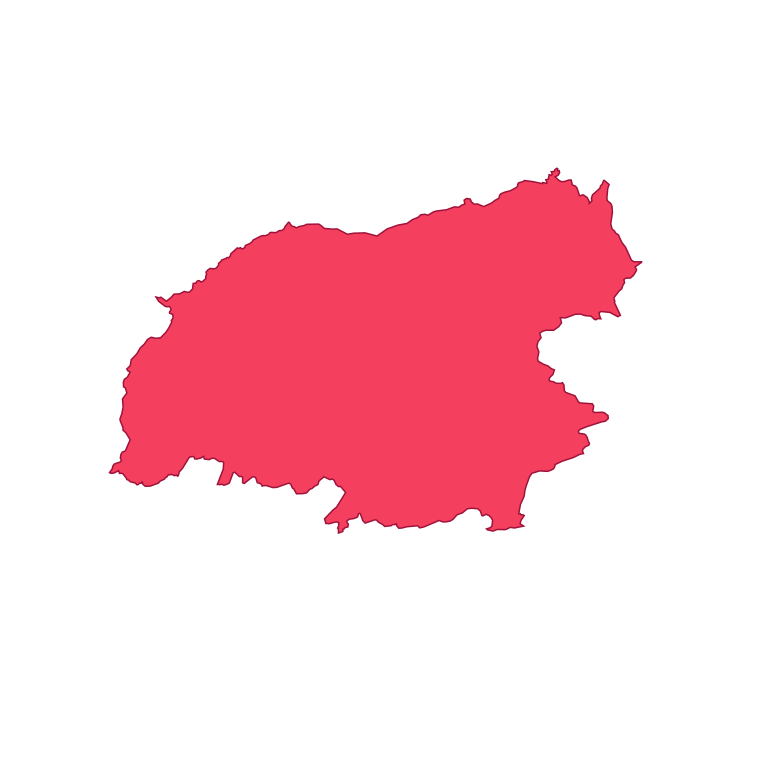 Bekily, Androy, Madagascar (Natural Earth projection), rotated 66°
{"feature_id": "10022922B6580820782603", "entity_name": "Bekily", "entity_type": "district", "adm_level": 2, "iso_a3": "MDG", "parent_name": "Madagascar", "parent_adm1": "Androy", "projection": "natural_earth1", "projection_center": [45.36, -24.27], "detail": "fine", "context": "isolated", "style": "filled", "palette": "rose", "viewbox_px": 768, "rotation_deg": 66, "n_neighbors": 0, "source": "geoboundaries", "source_scale": "gbopen_adm2", "svg_char_len": 6167}
<svg xmlns="http://www.w3.org/2000/svg" viewBox="0 0 768 768"><g transform="rotate(66 384 384)"><path d="M211.8,556.9L216.9,556.2L223.9,552.4L225.2,550.8L226.0,548.3L229.2,548.1L231.2,550.8L232.1,551.1L234.6,548.7L238.0,549.9L239.5,552.5L241.1,552.7L245.1,557.6L247.8,561.7L250.9,569.3L249.4,573.9L246.6,577.7L247.1,581.9L250.1,586.8L251.9,592.0L256.0,597.7L259.0,605.0L264.0,608.4L265.7,612.9L267.4,612.8L269.9,611.1L273.4,615.7L274.1,619.3L276.4,621.4L280.7,623.1L282.2,621.9L287.6,622.5L291.3,629.0L299.0,631.7L304.6,635.7L308.4,639.3L310.0,639.9L317.7,640.2L320.1,641.2L323.7,639.6L331.7,638.6L339.5,647.0L340.0,648.4L339.7,650.7L341.2,652.9L344.5,655.0L347.4,655.1L347.9,656.9L347.4,662.8L348.6,665.0L351.0,666.9L353.3,670.8L354.6,669.7L355.5,666.9L355.3,661.7L358.1,662.0L358.8,660.0L360.0,659.0L365.0,657.7L366.7,657.8L368.0,656.4L369.9,655.7L373.5,651.3L375.5,650.8L375.9,649.7L375.2,647.6L375.9,646.1L375.2,644.8L377.7,645.0L380.4,643.7L382.2,639.0L382.8,630.5L381.7,628.0L381.6,623.2L380.7,621.9L380.6,620.2L379.1,617.8L379.8,616.9L380.3,614.6L382.6,612.7L382.8,610.7L384.3,610.0L383.9,609.0L381.0,606.8L379.1,602.4L371.6,591.5L372.6,587.9L373.7,587.2L375.4,587.4L376.4,585.7L377.1,581.4L376.7,578.2L379.4,578.7L382.0,574.5L381.8,571.7L382.9,569.2L388.1,565.8L388.5,564.2L389.7,562.7L390.8,562.5L396.5,565.6L408.0,577.1L409.4,574.4L409.5,572.8L411.3,571.6L411.8,568.1L411.5,565.5L403.7,557.9L403.9,556.2L409.7,553.8L410.5,551.8L411.6,551.1L416.7,553.3L417.3,553.0L418.0,552.0L415.4,542.3L415.8,540.5L417.4,539.3L422.7,539.9L424.9,537.1L427.8,536.8L427.7,535.8L428.9,532.9L433.4,527.7L434.8,524.1L435.8,511.4L437.5,509.9L441.8,510.0L443.1,509.1L448.7,508.6L451.2,502.6L452.0,499.1L449.9,494.4L450.2,492.5L449.1,488.5L449.0,485.3L446.1,482.7L444.4,476.6L449.4,472.3L449.6,470.2L451.6,468.7L456.3,468.7L459.2,467.3L460.0,465.3L467.5,463.2L477.2,477.4L478.4,481.9L483.0,493.2L487.8,493.8L489.4,490.7L490.4,483.8L492.1,481.8L495.0,483.0L496.8,485.0L497.8,484.6L501.6,486.2L502.0,481.6L499.9,480.6L500.2,479.5L499.5,478.6L499.5,477.5L499.9,475.1L497.5,473.6L494.8,474.1L493.8,473.2L493.5,470.3L494.6,466.6L494.8,463.1L494.4,461.9L492.3,460.1L492.2,459.1L492.7,458.4L500.3,458.9L503.4,457.8L504.4,447.5L505.5,446.0L508.2,445.2L511.7,442.4L514.4,441.3L516.3,435.4L516.0,433.1L516.8,431.4L516.8,429.5L518.4,430.1L521.7,429.2L522.8,426.5L523.7,421.2L527.2,410.9L529.8,410.0L530.2,409.0L530.8,405.6L531.1,389.2L534.0,386.2L535.2,383.3L536.1,379.4L535.8,376.2L533.2,370.5L533.6,364.7L531.9,358.7L533.0,354.8L536.0,349.2L539.2,347.7L544.1,348.1L544.7,347.2L544.6,343.6L546.8,341.7L549.3,340.6L552.7,340.2L557.7,343.2L558.5,345.3L558.1,349.3L559.4,348.7L562.7,344.3L562.9,339.8L566.1,333.1L566.5,331.4L566.3,327.0L568.6,323.4L570.6,314.2L567.0,316.5L564.3,314.3L561.2,309.4L560.3,309.9L559.1,312.1L557.9,312.3L557.4,313.7L549.6,308.4L543.5,301.6L538.3,298.4L534.9,295.5L528.2,289.1L525.7,285.3L526.7,277.1L530.2,270.4L530.6,268.1L530.6,264.3L529.7,262.4L527.2,260.3L527.0,252.7L528.2,240.7L527.9,233.3L528.7,230.1L526.0,229.9L524.5,228.9L523.2,225.5L523.2,221.8L522.0,220.5L519.2,220.7L515.7,220.1L512.5,220.5L511.1,221.5L508.6,225.6L507.2,226.0L505.9,225.3L505.2,223.0L505.5,215.7L507.0,201.4L508.0,196.9L506.8,193.2L504.0,192.2L499.9,194.4L498.5,196.2L496.1,202.4L494.5,204.2L493.4,204.2L489.5,201.4L486.8,201.7L481.0,212.7L479.0,213.7L472.5,214.3L465.6,221.4L463.5,222.0L458.1,220.0L455.4,220.4L455.3,222.4L453.2,226.6L450.9,228.2L448.8,231.3L447.6,231.6L445.5,230.0L444.0,225.8L440.4,222.6L438.1,224.9L434.1,226.9L430.8,230.3L426.0,233.8L423.4,233.5L417.7,229.5L411.7,229.0L408.0,226.1L405.6,221.7L400.9,221.1L400.3,217.7L400.8,214.2L403.9,207.1L402.7,201.1L400.3,196.9L395.1,196.0L397.5,191.1L398.1,181.0L400.0,176.1L403.2,172.7L406.3,167.2L410.6,165.5L411.5,164.2L411.2,162.1L412.6,159.4L409.2,159.3L406.2,158.4L406.1,156.2L410.4,148.6L417.6,143.0L417.4,140.1L403.4,140.4L402.2,139.4L399.8,139.3L398.4,138.3L394.7,131.4L393.7,128.0L391.1,125.8L389.3,123.0L386.1,122.4L385.7,120.0L387.4,115.8L386.3,112.0L383.0,107.2L381.7,106.7L379.6,107.1L379.1,106.6L377.6,99.3L377.1,99.0L374.1,105.8L371.6,107.6L357.3,107.7L351.2,109.2L343.1,109.2L340.1,111.1L337.9,111.2L335.5,112.6L330.0,111.8L320.1,105.5L314.3,103.4L311.3,103.4L307.2,105.5L304.5,104.6L296.4,100.1L293.3,97.2L287.5,100.0L287.4,100.6L290.4,103.6L291.0,105.5L293.0,107.2L296.0,116.6L298.7,119.0L301.3,119.6L302.5,123.0L300.8,122.2L296.2,122.6L292.6,124.8L292.0,125.5L291.9,128.2L291.0,128.7L283.3,128.0L281.1,128.6L278.7,131.0L273.8,130.0L272.8,132.3L272.5,136.4L271.4,139.5L269.3,141.3L264.3,143.5L264.2,140.1L262.4,137.6L260.3,137.2L259.7,138.8L257.9,137.7L257.2,138.4L257.8,140.8L259.0,142.2L258.1,144.9L260.0,144.8L261.3,145.7L261.4,146.3L259.9,148.0L263.8,150.6L263.2,153.1L266.5,153.2L266.7,154.1L264.5,157.1L265.3,157.9L259.9,165.3L255.2,173.0L255.7,175.0L254.9,179.0L255.7,180.4L257.7,181.6L258.3,183.2L258.8,190.2L257.8,196.2L257.8,200.0L258.6,201.6L261.0,203.5L261.4,208.0L262.4,212.1L262.5,220.7L257.5,225.4L256.4,228.5L253.3,230.0L250.1,230.0L248.1,233.1L248.6,236.0L252.5,237.0L252.2,240.5L253.0,243.6L250.8,247.7L250.2,256.2L247.2,266.1L246.9,269.0L247.7,275.0L245.5,277.8L244.4,281.5L245.6,285.4L245.4,291.4L246.7,297.6L244.5,306.7L243.6,318.0L246.0,330.2L238.2,339.9L233.9,350.4L232.3,356.5L223.2,363.8L221.7,367.8L217.7,375.1L212.0,378.0L211.1,379.2L206.7,389.6L206.7,392.9L205.6,397.6L205.7,400.5L203.7,402.0L202.3,404.0L198.0,404.8L197.4,405.4L199.7,410.0L201.5,412.0L202.2,414.7L201.2,417.7L201.7,419.3L201.5,421.8L199.5,425.5L199.4,426.7L200.5,428.9L200.1,432.5L199.3,433.9L198.8,436.5L199.2,444.8L200.4,446.8L201.1,449.4L201.1,454.4L202.7,455.7L203.0,458.0L202.5,459.0L201.0,459.7L201.2,461.3L200.0,462.7L202.8,471.1L204.5,472.3L205.5,474.6L204.6,475.8L205.0,477.8L204.7,482.1L205.4,482.6L206.5,486.0L208.3,487.0L209.8,490.0L209.8,492.2L207.7,495.8L208.2,498.6L209.4,501.1L211.8,501.5L213.0,503.0L215.1,503.8L216.5,507.7L216.4,509.6L214.5,510.7L214.0,511.8L214.1,513.1L215.3,515.0L214.5,517.4L219.3,520.3L220.9,524.2L220.3,526.3L218.2,528.8L218.5,534.1L216.5,539.3L218.2,542.9L219.9,549.1L214.0,552.5L213.7,554.5L211.8,556.9Z" fill="#f43f5e" stroke="#9f1239" stroke-width="1.5"/></g></svg>